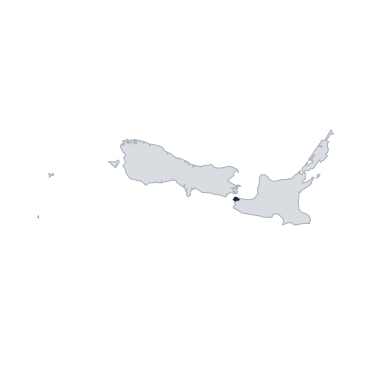 Wellington City, Wellington, New Zealand shown in context, rotated 68°
{"feature_id": "76426892B25406189221199", "entity_name": "Wellington City", "entity_type": "district", "adm_level": 2, "iso_a3": "NZL", "parent_name": "New Zealand", "parent_adm1": "Wellington", "projection": "orthographic", "projection_center": [174.755, -41.253], "detail": "fine", "context": "in_parent", "style": "filled", "palette": "slate", "viewbox_px": 384, "rotation_deg": 68, "n_neighbors": 0, "source": "geoboundaries", "source_scale": "gbopen_adm2", "svg_char_len": 4941}
<svg xmlns="http://www.w3.org/2000/svg" viewBox="0 0 384 384"><g transform="rotate(68 192 192)"><path d="M194.3,154.3L195.7,154.3L202.1,149.3L204.7,148.2L205.4,148.1L204.0,149.6L204.4,150.6L202.9,154.0L204.2,153.5L204.9,151.1L205.7,150.6L205.4,149.3L209.3,149.7L208.0,152.1L205.9,153.5L207.2,153.6L210.1,151.1L210.1,152.6L206.4,156.6L207.5,158.9L206.6,160.7L207.6,160.5L209.1,161.9L208.2,163.7L204.2,168.5L203.6,170.8L200.0,175.0L196.1,182.8L188.9,187.9L190.3,189.3L187.8,191.2L189.8,190.8L191.3,193.7L194.5,194.6L194.9,197.4L192.8,198.2L190.7,197.0L187.7,197.6L188.6,196.4L187.4,195.6L185.2,198.0L181.9,195.3L183.8,198.5L177.6,202.5L175.0,202.9L174.2,204.9L172.7,205.1L173.6,205.7L172.0,216.0L170.3,216.1L172.0,217.1L171.7,218.2L169.8,221.2L167.4,229.2L168.5,231.0L168.4,232.3L163.4,234.6L156.5,244.3L149.8,246.1L145.9,245.3L141.5,246.2L140.6,243.6L139.0,242.3L135.0,242.7L132.9,240.0L131.1,239.4L129.3,241.1L123.1,241.4L121.9,241.0L121.6,240.0L123.6,236.8L121.6,238.6L120.7,238.5L121.5,237.1L121.2,235.9L118.7,237.4L118.7,234.8L124.2,232.6L122.0,232.6L121.7,231.7L123.8,229.6L120.8,230.1L121.1,227.8L122.8,227.6L122.0,226.1L125.5,227.4L124.9,225.9L126.2,225.3L123.8,224.4L123.6,222.8L124.6,221.4L126.2,221.8L125.1,220.5L127.6,217.4L128.5,219.6L128.4,216.4L131.8,213.2L133.3,214.2L132.4,211.5L138.0,204.0L141.3,202.0L143.2,202.2L146.1,199.8L147.5,200.5L146.9,199.0L147.3,198.3L155.1,193.7L155.0,192.4L155.9,192.2L155.3,191.9L159.7,187.2L161.6,187.4L160.4,186.2L162.2,185.0L164.2,185.8L163.0,184.4L164.7,183.6L165.6,184.7L165.6,182.9L168.3,179.3L168.9,182.1L169.2,181.7L169.0,178.9L170.8,175.5L172.3,174.8L171.5,173.8L174.0,163.5L177.1,162.2L179.7,159.0L181.3,153.3L181.8,149.0L183.4,145.8L188.0,141.6L191.8,141.5L189.2,142.0L188.8,144.1L189.7,145.9L192.5,147.1L194.3,154.3ZM190.2,41.2L194.7,48.5L197.0,46.2L197.3,47.9L201.7,49.9L202.5,49.2L206.0,51.1L206.6,53.7L209.0,52.8L212.1,58.4L211.6,59.9L212.6,61.8L210.1,62.0L215.6,70.6L215.0,73.6L215.9,75.7L214.6,79.5L216.8,80.7L217.7,79.7L222.3,82.1L223.4,85.7L225.6,85.6L224.9,77.0L223.5,74.8L224.5,73.4L227.5,78.0L228.7,77.8L230.1,81.6L231.5,89.6L233.3,92.2L232.3,91.7L232.1,92.4L233.0,93.1L241.7,97.4L248.4,99.3L252.2,97.8L254.5,94.7L258.4,92.3L261.9,92.6L265.3,94.9L263.2,99.3L261.2,109.2L257.2,111.9L256.2,116.9L256.9,118.9L256.1,120.5L254.5,118.3L251.1,117.6L245.2,119.9L243.6,122.3L243.3,125.5L245.5,127.5L241.8,135.6L239.8,137.8L230.5,153.1L222.0,159.7L220.9,159.1L220.2,156.4L216.6,156.5L216.8,153.5L216.4,153.1L215.0,154.9L213.5,154.3L220.2,143.0L221.4,137.5L220.2,134.5L218.3,131.8L212.6,129.4L209.8,126.6L204.4,124.4L202.8,123.0L202.1,121.2L203.1,118.2L206.1,116.3L210.3,115.1L212.9,112.2L214.5,102.8L216.1,99.3L215.6,97.2L217.3,95.7L214.7,89.7L215.2,87.9L214.4,87.6L212.7,83.8L213.7,83.7L214.7,85.8L215.7,84.0L217.3,83.6L215.4,81.2L212.9,81.9L211.2,81.2L210.0,77.6L207.3,73.7L208.1,73.6L210.2,75.5L210.9,74.0L209.6,71.7L210.1,69.5L208.4,68.2L208.2,69.6L205.2,67.5L203.6,63.9L203.6,65.8L207.0,70.9L206.1,72.0L205.5,71.5L196.6,57.9L199.5,54.1L197.7,54.9L196.1,57.2L195.3,56.3L194.7,54.5L192.5,52.3L193.5,51.0L193.5,49.2L186.6,39.9L191.3,39.4L190.2,41.2ZM136.7,248.1L139.2,251.4L138.0,251.2L138.1,252.0L140.4,252.6L140.5,254.1L132.7,257.9L135.3,251.8L134.8,248.3L136.7,248.1ZM124.0,316.6L124.9,318.7L122.4,317.8L121.1,318.4L122.8,316.1L122.9,313.7L124.6,313.9L124.0,316.6ZM225.3,68.4L225.8,71.1L223.0,69.1L222.9,67.7L223.6,66.8L225.3,68.4ZM204.3,147.2L202.6,148.1L203.0,146.0L204.9,144.6L204.3,147.2ZM121.2,232.0L121.1,233.2L118.7,232.9L120.4,231.3L121.2,232.0ZM158.0,343.4L158.6,344.2L157.6,344.6L156.4,343.5L158.0,343.4ZM123.1,223.8L123.8,225.7L122.2,224.9L123.1,223.8Z" fill="#d9dde1" stroke="#a8b0b8" stroke-width="1"/><path d="M215.3,151.8L215.2,151.9L215.2,152.0L215.0,152.3L214.9,152.3L214.8,152.5L214.7,152.5L214.6,152.9L214.5,153.0L214.4,153.1L214.2,153.1L214.2,153.3L213.9,153.5L213.9,153.4L213.9,153.5L213.8,153.4L213.7,153.4L213.7,153.5L213.7,153.4L213.6,153.5L213.4,153.7L213.3,153.8L213.3,154.0L213.2,154.0L213.2,154.3L213.3,154.3L213.5,154.4L213.4,154.5L213.5,154.8L213.7,155.0L213.8,155.0L214.0,155.1L214.3,155.2L214.3,155.3L214.5,155.4L214.5,155.5L214.6,155.4L214.8,155.3L214.8,155.2L214.9,155.3L215.0,155.3L215.0,155.2L215.1,155.3L215.1,155.2L215.1,155.3L215.2,155.2L215.3,155.2L215.5,155.2L215.5,154.9L215.6,155.0L215.8,155.2L216.0,154.9L216.0,155.0L216.1,154.9L215.9,154.8L216.0,154.8L215.9,154.8L215.9,154.7L216.0,154.7L215.9,154.6L216.0,154.6L216.0,154.4L215.9,154.2L215.8,154.3L215.8,154.5L215.7,154.6L215.6,154.4L215.6,154.2L215.5,154.3L215.4,154.3L215.4,154.2L215.4,154.3L215.3,154.2L215.4,153.9L215.5,153.8L215.5,153.7L215.8,153.5L216.0,153.4L216.1,153.2L216.3,153.2L216.3,152.9L216.4,152.7L216.5,152.4L216.8,152.0L216.6,151.9L216.5,152.0L216.4,152.0L216.1,152.0L216.1,151.9L216.0,152.0L216.0,151.9L215.9,152.0L215.7,152.2L215.6,151.9L215.4,151.8L215.3,151.8ZM215.2,155.3L215.2,155.2L215.2,155.3Z" fill="#64748b" stroke="#1e293b" stroke-width="1.5"/></g></svg>